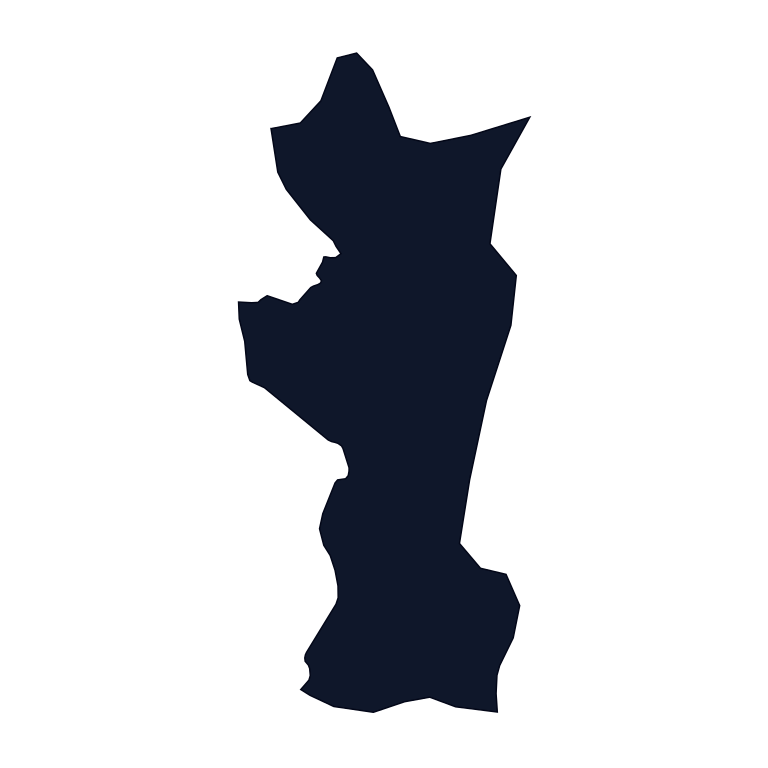 the border of Sirnak, rotated 94°
{"feature_id": "TUR-3044", "entity_name": "Sirnak", "entity_type": "Province", "adm_level": 1, "iso_a3": "TUR", "parent_name": "Turkey", "parent_adm1": "", "projection": "robinson", "projection_center": [42.613, 37.438], "detail": "fine", "context": "isolated", "style": "filled", "palette": "ink", "viewbox_px": 768, "rotation_deg": 94, "n_neighbors": 0, "source": "natural_earth", "source_scale": "10m", "svg_char_len": 1319}
<svg xmlns="http://www.w3.org/2000/svg" viewBox="0 0 768 768"><g transform="rotate(94 384 384)"><path d="M532.9,438.2L517.6,436.0L486.1,425.9L482.9,423.6L481.2,415.7L477.9,413.3L473.4,412.8L470.0,413.0L451.2,420.4L448.7,422.0L446.4,425.8L445.6,429.0L445.1,432.2L443.7,435.8L396.0,503.0L391.3,515.5L390.0,518.0L384.0,520.6L351.2,525.9L329.4,532.9L312.4,534.8L312.2,521.8L311.4,515.3L308.4,512.6L304.1,506.7L310.9,481.0L308.5,475.2L305.9,473.8L292.9,463.8L291.3,461.3L289.4,456.8L287.7,454.3L285.4,453.6L282.8,455.6L280.4,458.2L278.3,459.2L266.7,453.8L261.5,452.9L261.2,451.0L261.8,446.4L261.3,441.0L257.0,436.0L250.1,441.4L244.6,444.6L225.4,468.9L196.7,495.0L180.1,504.7L137.1,514.5L137.1,514.3L129.5,485.7L105.9,466.7L62.0,453.4L55.8,434.4L71.5,417.3L107.7,398.3L136.0,385.0L140.8,354.6L129.9,314.7L107.7,257.2L161.4,282.4L236.7,288.1L266.5,259.6L316.6,261.5L393.3,280.6L473.5,291.9L537.8,297.6L561.1,274.9L565.4,249.0L595.6,233.2L628.2,237.4L656.8,249.0L666.7,251.0L685.0,250.6L703.3,248.1L701.0,290.0L693.2,316.6L699.5,341.3L712.2,371.7L709.2,411.6L699.7,436.1L694.6,445.7L684.6,438.2L680.0,437.2L673.0,438.3L669.7,439.8L666.1,443.3L662.8,443.9L659.6,443.5L657.0,442.5L607.0,416.5L600.4,414.8L588.6,415.8L573.3,419.8L558.8,425.7L549.1,432.8L532.9,438.2Z" fill="#0f172a" stroke="#020617" stroke-width="1.5"/></g></svg>